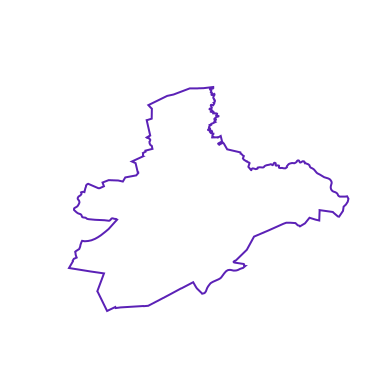 Jelgava, Jelgava, Latvia, rotated 158°
{"feature_id": "27541924B72876713406332", "entity_name": "Jelgava", "entity_type": "district", "adm_level": 2, "iso_a3": "LVA", "parent_name": "Latvia", "parent_adm1": "Jelgava", "projection": "robinson", "projection_center": [23.697, 56.644], "detail": "fine", "context": "isolated", "style": "outline", "palette": "violet", "viewbox_px": 384, "rotation_deg": 158, "n_neighbors": 0, "source": "geoboundaries", "source_scale": "gbopen_adm2", "svg_char_len": 6003}
<svg xmlns="http://www.w3.org/2000/svg" viewBox="0 0 384 384"><g transform="rotate(158 192 192)"><path d="M220.7,93.9L218.7,93.6L218.0,93.7L217.4,94.0L216.3,94.7L214.0,97.2L212.5,98.4L210.7,99.5L209.1,100.4L208.3,100.6L206.1,100.9L200.0,101.1L198.0,101.4L196.8,101.9L192.6,104.5L190.2,105.7L189.5,105.9L187.8,106.1L186.0,105.6L185.1,105.1L182.8,103.5L180.8,102.8L179.9,102.6L178.7,102.5L176.0,102.7L173.1,102.5L170.4,103.4L171.4,103.8L171.3,104.3L170.8,105.3L170.8,105.5L171.2,106.0L178.8,110.5L179.5,111.1L179.6,111.6L178.7,112.1L176.7,112.2L162.8,117.9L151.2,127.4L135.5,127.7L119.2,128.3L116.2,128.2L112.4,126.7L107.7,124.4L106.4,121.5L105.3,120.7L104.8,119.7L99.0,120.6L92.7,124.1L87.8,120.1L84.7,117.9L80.8,126.6L80.5,127.4L68.9,120.7L68.6,119.9L65.9,114.7L64.9,114.0L59.1,117.9L56.9,121.6L54.0,122.7L51.3,124.6L49.5,127.1L49.8,129.9L51.5,130.3L56.6,132.3L57.5,133.3L57.8,134.2L57.8,135.6L58.3,137.0L59.4,138.3L60.7,139.4L61.4,140.3L61.8,141.3L62.0,142.4L61.9,143.4L61.6,144.5L60.9,145.7L59.2,147.9L58.9,148.7L58.8,149.7L59.2,151.6L59.7,152.5L60.8,153.7L63.9,156.2L66.8,160.1L68.7,162.3L69.2,163.2L70.4,167.0L70.9,167.9L71.7,169.0L72.7,170.0L72.9,170.4L73.2,171.2L73.1,172.8L73.8,174.1L75.6,175.8L76.0,176.1L76.1,176.6L76.5,176.5L76.6,177.3L76.7,178.4L77.7,179.0L78.4,179.0L79.8,178.7L80.3,178.7L80.6,178.8L80.9,179.1L81.1,181.0L81.5,181.4L81.9,181.6L82.8,181.5L83.7,180.8L84.1,180.6L85.2,180.4L86.1,180.3L86.6,180.5L88.4,181.4L90.3,181.7L91.6,181.7L92.7,181.3L93.6,180.7L94.3,180.4L94.8,179.8L94.8,179.4L96.3,179.0L96.7,179.0L98.4,179.8L99.5,180.6L101.1,181.1L102.0,181.7L102.2,182.0L102.1,182.5L101.8,183.1L101.5,183.5L101.5,183.8L101.6,184.0L102.9,184.7L103.9,184.8L104.3,185.1L104.4,185.6L103.9,186.5L103.7,187.3L104.3,188.1L104.8,188.2L105.2,188.1L105.9,187.6L106.3,187.1L107.1,186.7L107.4,186.8L108.1,187.9L108.5,188.2L109.0,188.3L109.8,188.3L112.9,188.9L114.3,188.9L115.2,188.7L116.0,188.2L116.7,188.1L117.6,188.4L120.0,189.6L121.7,190.0L122.0,190.0L122.4,189.2L122.6,189.1L124.3,189.3L126.2,190.8L127.1,191.2L127.7,191.1L128.1,190.9L128.8,190.1L129.0,190.2L130.3,194.2L130.2,194.4L127.8,197.2L127.8,197.6L128.7,198.4L129.6,199.9L129.9,199.8L131.9,202.7L132.2,204.1L130.5,205.9L131.0,206.5L131.8,208.4L132.4,209.6L132.5,209.6L132.3,210.6L143.4,218.4L144.3,224.9L144.7,226.0L147.4,225.9L149.0,225.6L149.5,226.4L149.6,227.0L149.2,227.2L145.2,227.6L144.4,233.2L147.5,232.8L147.6,233.2L148.5,233.4L151.2,234.4L150.9,234.5L151.3,234.9L152.5,235.3L152.2,235.6L152.3,236.1L152.0,236.6L151.3,237.2L150.6,237.5L150.3,238.1L151.5,238.7L152.4,239.6L152.5,239.9L152.2,240.0L150.9,240.1L150.7,240.5L150.7,240.8L150.8,240.9L152.3,240.7L152.6,240.8L152.8,241.1L152.6,241.4L151.7,241.5L151.4,241.8L151.7,242.0L152.9,242.3L153.2,243.1L153.8,243.5L153.7,243.8L153.2,244.0L152.8,243.5L152.5,243.4L151.7,243.6L151.5,244.0L151.7,244.7L152.1,245.4L151.7,246.0L151.2,246.3L150.9,246.8L150.6,247.6L150.3,247.5L149.7,247.0L149.4,247.0L149.0,247.1L149.0,247.5L148.6,248.0L146.8,247.9L146.0,248.0L144.2,248.1L144.8,249.0L144.7,249.1L144.0,249.0L143.8,249.2L143.6,249.5L143.1,249.8L142.6,250.4L142.7,250.7L144.0,250.9L144.0,251.2L143.9,251.4L141.5,252.4L139.2,252.2L139.0,252.5L139.3,252.9L140.6,253.4L140.9,253.6L140.9,253.9L140.0,254.3L139.8,254.7L139.6,255.0L139.8,255.1L139.6,255.4L139.7,255.6L140.4,255.8L141.0,256.3L141.9,256.5L142.9,257.0L142.7,257.4L142.0,258.0L142.1,258.5L142.4,258.7L144.2,259.0L144.5,259.4L144.4,259.5L144.1,259.5L143.5,259.3L143.1,259.4L142.8,259.7L142.8,260.0L143.2,261.0L143.6,261.4L144.4,261.7L144.6,261.9L144.7,262.3L144.3,262.6L142.9,262.3L142.5,262.4L142.1,262.6L142.0,262.8L142.2,265.1L141.8,265.6L141.1,265.5L139.9,264.5L138.2,265.7L138.1,266.1L138.4,266.7L137.4,266.9L136.8,267.6L136.6,267.8L136.5,268.5L136.8,268.6L136.9,269.1L136.9,269.8L136.7,270.1L137.0,270.8L136.9,271.5L136.8,271.8L136.0,272.7L135.0,273.4L134.5,274.2L134.7,274.7L136.9,274.3L137.4,274.6L137.5,274.9L136.5,276.1L136.4,276.3L136.5,276.6L137.1,277.0L137.2,277.5L136.3,278.3L136.1,279.0L136.7,279.8L136.8,280.4L136.8,280.9L136.7,281.2L136.4,281.5L135.9,281.6L135.6,281.6L135.0,280.8L134.4,280.2L134.1,280.1L133.9,280.1L133.4,280.4L133.5,280.9L133.1,281.1L133.0,281.4L142.6,284.0L146.8,285.6L148.1,286.0L155.2,288.9L172.6,289.3L179.0,290.4L199.9,288.9L198.8,286.0L198.0,284.3L201.9,275.1L205.9,275.4L207.1,275.6L209.6,260.0L210.9,259.9L211.0,259.6L211.5,259.7L211.5,259.8L213.6,259.5L213.2,258.9L212.5,258.6L212.2,258.3L211.1,256.4L211.3,255.7L211.8,255.1L212.6,254.6L212.9,253.7L213.1,252.8L212.9,251.0L212.1,250.0L212.0,249.5L212.2,248.9L212.5,246.8L219.7,247.8L219.9,246.8L222.9,246.5L222.9,246.1L224.1,243.6L223.9,243.4L236.3,242.8L233.5,239.9L235.0,230.1L234.6,230.1L234.7,229.7L237.5,228.3L248.4,230.5L252.2,227.6L256.1,230.3L264.8,234.2L271.4,234.3L271.5,230.3L276.2,230.1L277.4,230.6L285.2,238.5L286.1,238.5L287.7,237.8L288.3,236.7L289.5,235.4L291.8,232.2L292.7,232.9L294.1,233.2L295.0,233.2L295.0,232.1L295.3,231.5L296.6,230.7L298.3,230.4L299.0,230.2L299.7,229.7L300.3,229.1L300.5,228.4L300.5,228.0L300.0,226.3L300.0,225.8L300.2,224.7L300.4,224.3L301.6,223.1L303.2,221.9L304.3,221.5L306.6,221.2L307.3,221.0L307.6,220.7L307.9,220.2L308.1,219.5L306.8,216.7L305.9,215.2L305.1,214.4L303.7,213.2L303.3,212.5L303.2,212.0L303.2,210.5L303.1,209.8L302.4,209.2L300.3,208.0L299.3,206.4L298.0,205.5L292.2,202.5L283.9,198.7L279.7,196.4L279.0,196.4L278.1,196.7L276.6,197.5L275.9,197.5L275.3,197.2L274.0,196.2L272.5,195.4L271.8,194.4L274.0,193.4L283.2,188.9L287.2,187.6L292.7,186.0L296.2,185.3L299.4,184.9L303.3,184.9L306.7,185.5L309.9,186.5L312.2,187.9L313.4,186.8L315.1,184.9L316.2,183.2L317.9,181.4L322.1,180.6L322.8,180.2L322.7,179.7L323.3,177.7L323.5,175.9L323.5,174.4L326.6,174.3L328.3,173.0L328.3,172.4L334.5,167.6L315.8,156.3L304.1,149.5L317.0,135.4L316.8,134.4L315.3,113.5L306.2,114.1L306.3,113.0L306.0,112.9L301.6,111.8L279.8,104.5L279.5,104.2L275.2,102.9L251.7,105.2L238.2,106.7L237.9,106.6L224.7,107.9L224.0,102.8L223.6,100.8L220.8,94.4L220.7,93.9Z" fill="none" stroke="#5b21b6" stroke-width="2"/></g></svg>